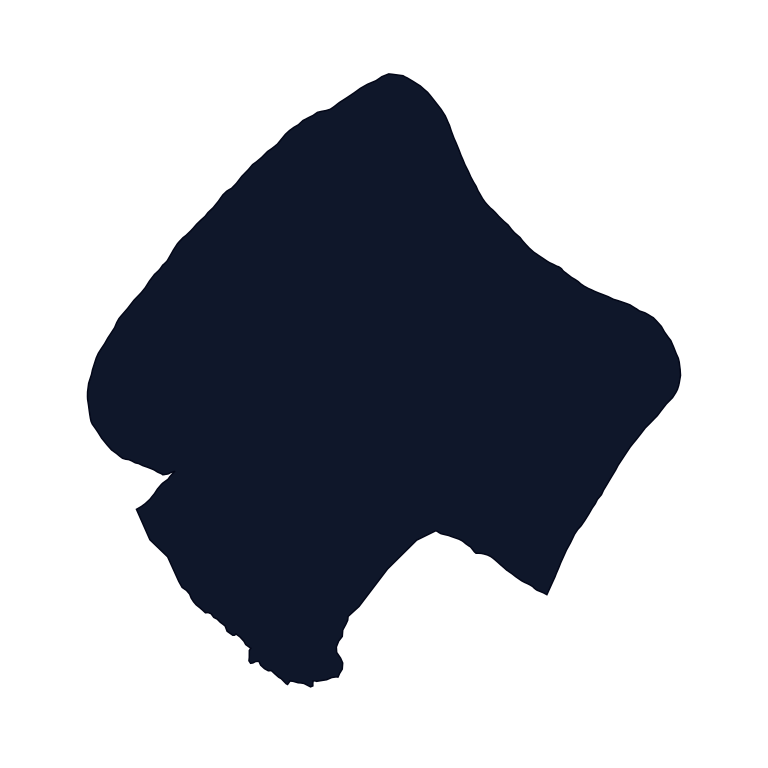 the district of Barentu, Gash Barka, Eritrea, rotated 186°
{"feature_id": "51966322B45373579076089", "entity_name": "Barentu", "entity_type": "district", "adm_level": 2, "iso_a3": "ERI", "parent_name": "Eritrea", "parent_adm1": "Gash Barka", "projection": "equal_earth", "projection_center": [37.661, 15.11], "detail": "fine", "context": "isolated", "style": "filled", "palette": "ink", "viewbox_px": 768, "rotation_deg": 186, "n_neighbors": 0, "source": "geoboundaries", "source_scale": "gbopen_adm2", "svg_char_len": 4855}
<svg xmlns="http://www.w3.org/2000/svg" viewBox="0 0 768 768"><g transform="rotate(186 384 384)"><path d="M617.1,233.5L600.5,204.6L581.1,189.5L567.5,166.3L563.5,160.6L558.9,158.1L555.3,154.7L553.4,151.0L550.7,147.6L547.8,144.8L544.2,142.5L541.0,140.3L537.7,137.8L535.0,138.3L532.0,137.5L528.9,134.1L525.3,132.7L521.9,129.9L519.0,128.2L516.7,126.7L514.2,121.7L508.1,118.3L506.2,118.6L505.2,120.0L500.8,117.4L496.4,113.5L494.3,110.4L489.8,107.8L488.8,107.3L490.1,105.0L489.4,98.0L489.4,94.6L487.5,92.3L485.2,92.9L482.7,94.6L479.4,95.1L477.3,91.5L473.1,88.4L469.1,86.7L466.1,87.2L461.7,83.9L458.0,81.3L455.4,80.2L450.0,75.7L448.5,75.1L446.4,78.8L443.3,78.8L438.2,77.9L435.5,78.0L432.3,77.8L427.4,75.9L425.4,75.1L423.2,76.3L423.5,78.9L423.5,81.2L421.5,81.6L420.1,81.2L410.1,83.9L405.3,86.6L401.0,87.7L399.1,87.7L397.9,91.5L395.7,96.1L395.9,102.2L398.5,106.8L403.0,112.1L403.9,117.5L402.2,123.6L399.1,128.6L399.3,135.0L396.8,141.1L395.4,145.3L395.4,149.1L385.6,160.1L361.2,200.3L335.2,232.1L317.1,243.5L315.6,243.0L313.8,242.0L311.7,241.1L308.1,240.6L305.6,240.3L304.0,240.1L300.9,239.3L295.7,238.1L293.2,237.5L290.1,236.3L288.6,235.5L286.0,233.7L282.4,231.7L281.0,231.1L278.4,228.5L277.5,227.5L276.4,226.4L275.6,225.9L274.8,225.3L273.6,225.4L271.6,225.6L269.6,225.7L266.8,225.4L263.3,224.8L261.6,224.2L259.7,223.5L257.6,222.3L255.9,221.2L252.3,218.7L248.9,216.2L245.4,213.8L242.5,211.7L237.1,208.8L232.8,206.1L228.6,203.8L226.4,202.6L223.4,201.4L220.6,200.5L217.7,199.4L214.8,198.0L213.8,197.1L211.9,195.8L210.2,194.9L208.8,194.5L206.0,193.7L203.6,193.0L200.0,191.5L195.8,204.1L193.8,210.0L192.9,213.4L191.0,219.5L189.6,224.6L187.4,231.2L185.2,237.9L182.0,245.5L180.2,250.5L178.8,254.5L176.1,259.6L173.2,263.5L170.0,269.4L166.6,276.4L164.0,282.3L161.4,287.0L159.7,291.5L156.2,296.6L154.5,301.6L152.0,306.9L149.1,313.2L144.7,322.5L142.7,327.6L138.8,335.1L135.7,341.1L132.6,347.0L130.0,351.1L127.4,355.0L123.5,361.2L119.6,367.6L115.2,373.0L111.7,377.5L108.9,381.0L105.9,386.0L101.1,393.7L95.6,400.6L92.8,406.2L91.6,409.3L90.8,413.2L90.5,415.9L90.0,423.5L91.0,429.4L92.7,436.7L94.0,440.4L96.6,444.8L99.8,451.0L103.3,457.2L106.3,460.3L110.6,465.2L114.2,470.3L119.3,474.9L123.1,478.1L125.2,479.0L128.9,480.8L132.0,482.1L137.7,483.4L140.9,485.2L141.9,485.6L145.4,487.3L147.6,488.4L151.4,489.4L154.0,490.0L160.1,491.4L164.6,492.2L170.2,494.3L176.8,496.1L179.9,496.9L184.3,498.2L187.6,499.4L190.9,500.4L193.7,501.6L194.8,502.0L198.9,504.2L201.6,506.2L204.8,507.9L208.6,509.6L213.8,512.8L217.1,514.8L218.4,515.9L219.1,516.8L220.3,517.7L222.6,518.9L224.4,519.2L228.2,520.7L232.1,522.0L235.0,523.4L238.9,525.5L243.7,528.0L248.9,530.8L254.0,534.5L257.7,537.7L261.3,541.0L264.0,543.9L270.1,548.1L273.4,551.1L277.3,555.2L281.7,558.2L284.6,560.5L287.5,562.8L290.8,565.8L294.1,568.5L296.7,570.2L300.3,573.3L302.5,575.4L305.4,578.7L308.1,582.5L310.7,586.0L313.1,590.3L316.0,594.1L319.4,599.1L322.3,604.2L326.5,610.7L329.0,615.4L331.3,619.4L333.9,624.6L337.5,631.3L340.0,635.6L343.6,642.8L345.9,648.0L347.9,651.4L349.2,653.8L351.2,657.2L355.9,663.1L358.2,665.5L363.6,671.1L367.7,675.3L371.2,678.7L375.0,681.3L379.0,684.2L383.1,686.2L386.3,687.8L392.8,690.8L395.4,691.7L397.3,692.6L407.9,692.9L411.7,692.9L418.3,689.4L420.8,687.2L423.7,684.8L431.7,680.4L438.4,675.6L444.3,670.3L450.9,664.8L457.8,659.3L463.2,654.1L466.2,651.6L470.2,649.9L475.0,648.5L478.6,647.2L482.6,643.7L486.0,641.6L492.1,637.6L496.2,632.9L500.5,629.8L504.5,626.2L508.1,622.1L511.6,616.8L515.1,611.4L520.2,606.4L524.1,603.1L529.3,596.6L534.1,591.6L537.6,588.5L541.4,582.9L547.1,575.7L551.7,568.2L556.1,562.6L558.3,561.1L560.6,559.3L563.9,555.4L565.7,552.3L567.7,548.6L572.4,541.4L576.9,536.2L579.4,532.1L581.3,530.0L583.4,527.7L584.9,525.9L587.0,523.4L590.4,518.5L592.2,516.1L596.5,511.0L599.1,508.6L602.5,504.2L604.1,501.9L607.5,495.2L608.5,492.8L612.4,484.0L613.3,482.7L615.3,480.3L616.5,479.1L618.5,475.4L620.0,473.2L623.7,469.0L628.0,461.9L631.5,454.8L634.8,449.7L637.0,446.8L641.4,441.2L644.2,436.7L646.9,432.3L651.1,426.3L652.5,424.3L654.4,421.4L656.2,417.2L657.8,411.9L661.0,405.6L663.5,400.8L666.1,394.8L669.1,389.1L671.3,384.7L672.9,379.8L673.9,375.0L675.4,367.7L675.9,362.9L676.9,358.2L677.8,353.8L678.0,345.2L677.6,340.6L677.2,337.9L675.7,332.2L674.4,326.8L673.5,323.2L672.4,319.2L671.4,316.2L669.9,313.6L666.6,309.9L663.7,306.5L662.2,304.6L659.2,300.7L652.9,294.4L648.0,289.9L642.7,286.9L639.3,284.6L636.3,282.8L633.1,282.2L629.8,282.1L626.7,281.1L623.1,279.6L619.6,279.2L615.3,277.6L610.9,276.6L606.8,275.5L604.4,274.8L602.7,274.1L601.0,273.2L599.6,272.6L596.7,271.7L595.8,271.4L594.5,270.6L592.8,271.0L591.6,271.4L590.3,271.7L588.9,272.2L587.4,273.3L585.3,274.4L582.6,275.4L584.7,273.0L587.3,269.4L588.8,266.7L593.4,262.6L594.8,261.0L598.3,255.9L600.9,250.8L603.1,247.5L604.7,244.9L609.2,239.8L612.8,236.6L615.8,234.4L617.1,233.5Z" fill="#0f172a" stroke="#020617" stroke-width="1.5"/></g></svg>